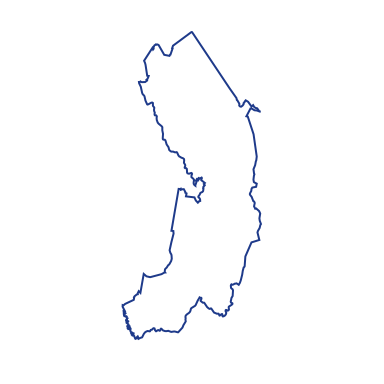 Indrānu pag., Madona, Latvia, rotated 103°
{"feature_id": "27541924B85943558594873", "entity_name": "Indrānu pag.", "entity_type": "district", "adm_level": 2, "iso_a3": "LVA", "parent_name": "Latvia", "parent_adm1": "Madona", "projection": "natural_earth1", "projection_center": [26.773, 56.896], "detail": "fine", "context": "isolated", "style": "outline", "palette": "blue", "viewbox_px": 384, "rotation_deg": 103, "n_neighbors": 0, "source": "geoboundaries", "source_scale": "gbopen_adm2", "svg_char_len": 6074}
<svg xmlns="http://www.w3.org/2000/svg" viewBox="0 0 384 384"><g transform="rotate(103 192 192)"><path d="M108.1,261.6L108.8,260.4L109.5,259.8L113.4,257.9L116.7,255.4L116.8,255.0L116.4,254.3L114.1,251.7L113.8,250.9L114.1,250.1L116.7,249.5L117.2,249.1L117.9,248.1L118.4,247.7L120.5,247.5L121.6,247.1L123.1,246.1L124.6,246.0L125.3,245.7L125.6,245.4L125.4,244.1L126.2,243.3L128.0,243.1L129.8,242.5L132.1,241.0L133.0,239.8L134.7,236.4L135.5,235.5L138.6,234.8L141.9,233.3L146.2,232.6L147.0,232.3L147.3,232.0L147.4,231.5L147.2,230.3L147.7,229.5L151.4,227.4L153.6,225.0L156.1,223.7L156.9,222.4L157.3,221.3L156.9,219.5L157.2,217.4L156.6,215.9L157.0,215.3L159.5,213.4L160.3,212.3L160.5,211.2L161.0,210.0L161.0,209.2L161.2,208.2L161.6,207.3L162.6,206.8L165.4,206.4L166.7,205.1L167.4,204.6L168.1,204.5L169.6,204.7L170.1,204.5L170.3,204.1L170.1,203.1L170.7,202.2L174.1,201.2L174.8,200.6L174.9,199.6L174.8,198.9L173.6,197.0L173.7,196.5L174.4,196.0L176.3,196.2L177.6,195.9L178.0,195.3L178.6,194.0L179.6,192.8L182.6,192.5L183.6,192.2L184.4,191.5L184.8,190.9L185.1,190.2L184.8,190.3L181.1,189.9L180.9,190.1L180.0,189.8L179.9,190.0L180.1,190.2L180.0,190.7L179.0,190.4L179.2,190.2L178.5,190.0L179.3,188.7L178.3,188.3L177.9,189.1L177.1,188.8L177.4,188.3L177.2,188.2L177.5,187.9L175.8,185.9L176.2,185.5L177.6,185.7L178.4,185.6L180.3,181.5L181.5,182.3L182.4,181.2L182.9,181.5L183.0,181.3L184.5,182.1L185.6,181.7L185.9,182.0L186.9,181.5L188.6,181.4L189.6,181.9L190.8,183.4L191.3,183.7L192.8,183.9L194.9,184.8L195.6,184.6L196.5,183.1L197.3,182.5L198.9,182.0L199.6,183.2L200.6,183.5L200.5,184.1L200.9,184.2L199.4,186.4L196.7,188.4L197.6,196.9L194.6,197.0L194.2,198.4L193.5,198.5L191.1,200.6L191.4,201.8L192.3,203.3L191.3,203.7L191.9,204.6L192.0,205.7L234.2,203.3L234.4,203.3L234.2,201.4L236.7,200.6L245.5,200.8L253.8,200.7L256.0,199.5L257.5,198.1L258.6,197.6L261.6,196.7L264.0,196.8L267.7,197.9L268.8,198.8L271.2,199.6L273.1,200.8L273.6,200.9L275.3,200.7L276.2,200.5L276.5,200.1L276.8,200.9L278.9,203.2L284.2,213.2L284.4,213.7L284.4,217.4L282.7,220.6L301.9,219.6L300.6,221.6L302.8,222.1L303.8,221.8L304.2,222.7L306.5,224.5L307.1,224.5L307.3,224.8L308.0,224.9L308.8,224.5L309.8,224.5L310.2,224.5L316.1,232.0L317.9,233.3L317.8,234.1L319.4,233.8L323.3,230.5L323.7,231.0L323.0,231.7L323.1,232.0L323.3,232.0L324.0,231.5L324.7,231.4L324.9,229.8L325.1,229.5L326.0,230.0L326.1,230.4L325.7,230.9L325.8,231.1L326.3,231.0L327.2,230.5L327.8,230.4L328.2,229.9L327.8,228.4L328.7,227.9L328.7,227.7L328.5,227.4L329.8,227.0L329.8,226.6L331.1,227.2L331.3,227.0L331.3,226.6L331.8,226.5L332.0,226.7L331.7,227.2L331.8,227.4L332.2,227.3L332.7,226.9L332.9,226.6L332.2,225.7L332.2,225.2L332.3,225.0L332.8,225.1L333.0,225.8L333.5,226.4L333.9,226.5L334.3,226.3L335.1,224.4L335.4,224.0L335.8,224.0L337.1,224.9L337.7,224.8L337.8,224.3L337.0,223.5L336.7,223.0L336.7,222.7L337.0,222.5L337.8,222.4L338.7,223.9L339.1,224.0L339.4,224.0L339.9,223.3L339.7,222.7L339.9,222.0L338.7,221.6L338.6,221.4L338.9,221.1L341.2,220.8L341.9,220.3L342.5,219.4L343.2,219.6L343.4,219.4L343.4,219.2L342.4,218.8L342.5,218.5L344.4,218.7L344.6,218.6L344.4,218.2L343.0,217.5L342.9,217.1L343.3,217.0L345.2,217.2L345.1,216.2L345.3,215.9L347.1,214.8L347.8,214.1L347.4,213.5L345.8,213.0L344.9,212.4L345.5,211.9L346.7,211.7L347.2,211.2L345.8,209.6L344.9,208.0L344.4,207.8L341.0,207.0L339.2,206.1L338.1,205.0L337.4,203.9L337.3,201.8L336.9,201.5L335.7,201.2L335.1,200.0L333.8,199.3L333.3,198.6L333.4,197.8L334.9,197.0L335.8,195.8L335.6,195.3L334.8,194.8L334.3,194.1L334.1,193.8L334.5,192.4L334.4,192.1L333.8,191.8L332.7,191.8L332.1,191.4L332.2,190.9L333.4,189.1L333.6,187.0L333.3,185.5L332.6,183.9L333.0,180.8L331.9,178.0L331.8,176.7L331.9,174.3L331.8,173.9L326.3,170.8L323.7,170.4L319.5,169.0L317.7,169.7L316.3,169.8L315.3,170.3L313.8,170.3L312.2,169.3L310.7,167.9L309.4,167.1L308.1,166.8L306.1,166.8L305.3,166.5L302.2,163.4L301.4,163.0L296.5,162.0L293.8,161.1L293.0,160.9L293.2,160.3L293.0,159.3L293.3,158.9L294.2,158.8L295.8,159.2L296.3,158.9L297.4,156.6L297.1,155.4L297.3,155.0L300.7,151.4L301.5,149.9L301.8,149.2L301.9,148.3L301.2,147.5L301.2,147.0L304.5,143.4L305.0,140.4L304.6,138.8L304.8,138.5L305.9,137.7L306.2,137.4L306.0,137.0L304.4,135.8L304.2,135.1L304.6,134.8L306.0,134.4L306.3,134.0L306.0,133.2L304.8,132.0L303.6,131.5L302.5,131.4L301.9,131.5L300.5,132.5L299.6,132.6L299.3,132.4L299.2,131.9L299.6,130.5L299.0,129.8L298.0,129.6L296.2,130.3L295.4,130.3L292.9,127.9L291.9,127.4L291.3,127.7L291.0,129.1L290.2,129.6L286.3,129.7L284.2,129.0L278.7,129.9L277.7,130.5L277.0,132.0L276.6,132.4L274.6,133.1L273.4,133.0L273.1,132.8L273.3,132.2L273.3,131.7L272.7,130.8L271.7,129.7L271.4,128.8L271.0,128.0L271.9,125.6L269.7,124.9L267.1,124.6L261.3,124.5L257.4,124.8L253.9,124.7L253.3,124.2L252.5,124.0L242.8,125.5L227.7,122.7L223.6,115.6L216.7,119.1L215.1,119.0L211.8,118.0L208.9,118.0L207.7,117.6L204.8,119.5L202.5,120.4L197.6,120.7L195.5,122.3L193.6,125.8L194.1,126.6L192.0,128.3L188.6,128.4L187.3,129.3L187.1,130.2L183.3,132.8L181.8,134.7L181.0,135.2L179.9,135.1L177.6,134.5L175.6,134.7L174.9,134.5L174.1,134.2L172.5,130.7L169.3,130.8L168.6,133.5L168.3,134.0L166.1,134.9L162.4,135.3L160.6,135.2L160.3,135.6L156.0,137.2L151.6,136.5L147.8,136.7L146.7,136.5L142.9,136.9L121.9,145.0L106.0,154.6L106.0,156.0L97.5,153.8L97.4,152.1L98.3,149.6L98.0,147.0L98.4,144.1L98.2,144.1L98.0,145.4L97.5,145.4L95.8,147.3L95.8,148.8L95.4,150.1L95.0,150.7L93.6,152.0L95.4,153.2L91.5,157.6L90.6,160.3L92.3,161.1L92.8,161.0L93.8,161.7L95.0,161.5L96.5,162.2L97.8,163.3L97.9,163.7L97.8,164.5L97.2,165.4L95.4,165.7L92.4,168.5L92.4,168.8L92.1,169.1L90.5,169.8L82.8,178.4L36.4,227.7L36.2,228.0L36.3,228.5L36.7,228.9L53.7,243.4L56.4,243.7L56.5,243.2L63.0,243.9L63.2,244.3L64.4,244.6L64.6,249.9L56.3,257.6L56.0,258.8L56.6,260.0L56.3,260.4L57.8,261.7L60.0,262.0L61.0,261.6L61.9,262.0L60.5,263.0L74.9,268.2L76.8,266.8L78.5,265.9L88.8,261.8L88.7,260.3L90.8,260.6L91.9,261.0L92.5,260.9L92.9,261.5L93.6,260.9L95.4,262.4L96.2,265.4L96.2,266.4L95.9,267.1L96.7,267.7L96.8,268.4L97.9,268.0L100.9,265.6L106.6,262.9L107.6,262.2L108.1,261.6Z" fill="none" stroke="#1e3a8a" stroke-width="2"/></g></svg>